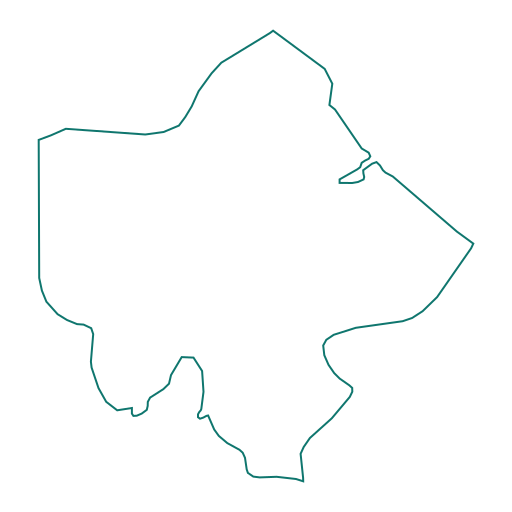 the Province of Quảng Trị
{"feature_id": "VNM-489", "entity_name": "Quảng Trị", "entity_type": "Province", "adm_level": 1, "iso_a3": "VNM", "parent_name": "Vietnam", "parent_adm1": "", "projection": "orthographic", "projection_center": [106.962, 16.727], "detail": "fine", "context": "isolated", "style": "outline", "palette": "teal", "viewbox_px": 512, "rotation_deg": 0, "n_neighbors": 0, "source": "natural_earth", "source_scale": "10m", "svg_char_len": 1521}
<svg xmlns="http://www.w3.org/2000/svg" viewBox="0 0 512 512"><path d="M117.2,410.3L106.2,401.8L98.5,388.1L91.6,367.6L90.9,361.7L93.2,334.1L91.2,328.2L83.6,324.6L77.0,324.1L67.0,320.0L57.6,314.2L46.4,301.7L41.9,290.6L39.2,278.0L38.7,139.9L50.8,135.4L65.8,128.8L145.3,134.5L163.6,132.0L178.9,125.6L185.3,117.0L191.7,106.4L198.6,91.2L211.6,73.3L221.3,62.7L270.0,33.0L273.1,30.7L324.7,68.9L332.3,83.7L329.4,105.0L335.0,109.5L361.7,148.5L368.7,152.7L370.3,156.3L368.7,158.8L365.2,160.5L361.7,162.8L360.2,167.2L357.2,169.4L339.6,179.4L339.6,182.9L352.2,183.0L358.0,182.0L363.6,179.4L364.2,177.0L363.4,173.4L363.2,170.2L372.1,163.7L376.5,162.1L380.0,165.5L382.9,170.2L385.5,172.6L392.8,176.5L456.9,231.6L473.3,243.6L471.1,248.3L437.1,297.1L422.6,311.2L412.1,318.0L402.7,321.2L355.8,327.8L333.7,334.8L326.3,339.8L323.2,345.5L324.3,355.2L328.5,364.8L334.2,373.1L339.7,378.6L349.3,385.3L352.2,387.9L352.3,391.7L349.8,396.9L331.8,418.3L309.9,438.0L303.7,447.0L300.6,453.8L303.1,477.8L303.2,481.1L303.2,481.3L296.0,479.0L276.6,476.8L259.7,477.4L253.3,476.6L247.9,472.9L246.7,469.4L245.0,457.8L242.7,452.7L239.5,449.8L227.3,443.1L218.8,435.9L214.2,429.5L208.1,415.5L206.4,415.9L203.3,417.6L200.0,418.7L198.0,417.2L198.0,414.3L199.2,412.1L200.7,410.4L201.3,409.0L203.5,391.8L202.1,371.0L193.5,357.6L181.7,357.1L171.0,375.1L169.0,383.7L163.4,389.1L150.1,397.6L147.8,401.9L147.7,405.9L146.8,409.8L146.3,410.2L141.7,413.6L136.8,415.7L133.4,415.9L131.9,413.6L131.9,408.0L117.2,410.3Z" fill="none" stroke="#0f766e" stroke-width="2"/></svg>